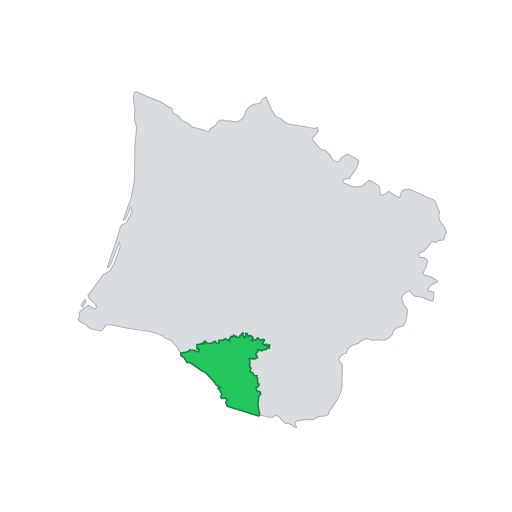 location of Gontougo, Zanzan, Ivory Coast, rotated 115°
{"feature_id": "98640826B5040161076408", "entity_name": "Gontougo", "entity_type": "district", "adm_level": 2, "iso_a3": "CIV", "parent_name": "Ivory Coast", "parent_adm1": "Zanzan", "projection": "natural_earth1", "projection_center": [-3.58, 7.921], "detail": "fine", "context": "in_parent", "style": "filled", "palette": "green", "viewbox_px": 512, "rotation_deg": 115, "n_neighbors": 0, "source": "geoboundaries", "source_scale": "gbopen_adm2", "svg_char_len": 9480}
<svg xmlns="http://www.w3.org/2000/svg" viewBox="0 0 512 512"><g transform="rotate(115 256 256)"><path d="M138.1,108.2L139.5,108.2L143.2,106.9L146.6,104.0L149.8,98.1L154.1,93.3L158.9,93.6L160.3,92.8L162.0,92.6L164.0,95.7L166.0,98.1L167.4,98.2L168.5,102.8L177.2,104.7L180.9,105.9L184.1,109.2L185.2,109.3L186.5,108.6L187.6,107.4L187.8,106.2L186.4,103.2L187.0,100.5L188.4,98.1L190.7,97.9L194.1,97.3L198.0,97.3L200.9,97.7L202.1,95.3L201.0,88.5L201.3,84.8L201.8,81.7L202.8,80.4L207.2,84.3L211.1,85.8L214.0,85.9L214.7,85.1L213.5,80.8L213.9,79.5L214.9,78.8L216.8,78.3L221.9,76.6L222.4,76.9L223.3,83.7L222.9,85.9L223.9,90.5L225.2,94.8L225.1,96.6L224.0,99.2L222.8,101.6L222.9,102.6L224.9,104.3L228.8,106.0L232.8,106.4L235.0,103.9L237.3,101.9L238.9,100.1L239.5,97.4L242.0,95.4L249.2,93.0L255.9,92.6L257.5,93.4L260.5,97.1L264.3,99.7L270.1,99.4L274.3,100.9L278.0,103.8L280.4,110.1L283.1,114.8L284.3,121.3L288.5,124.8L291.8,126.3L296.3,131.1L300.9,133.5L305.7,133.0L308.0,135.4L311.5,137.2L315.1,137.3L318.3,131.8L322.4,129.7L333.0,125.3L337.1,123.3L341.4,122.0L351.5,121.6L360.9,123.0L365.6,124.0L368.8,123.3L371.9,125.9L375.0,131.3L377.6,133.1L380.2,135.0L382.2,139.3L384.4,143.6L385.7,145.5L388.5,149.7L391.0,149.8L393.3,148.0L394.4,146.6L394.9,149.4L393.9,153.9L394.1,156.7L395.4,157.8L394.7,161.4L391.9,167.5L391.9,171.2L394.7,172.3L396.7,176.2L397.8,182.7L399.0,184.9L399.1,186.3L401.1,202.3L403.6,218.3L402.1,220.4L399.9,221.0L398.5,221.7L398.1,223.2L399.0,225.4L398.4,227.4L395.7,228.8L389.9,233.9L389.5,235.9L387.9,240.2L386.6,242.9L384.7,247.8L381.7,260.7L380.6,271.5L380.4,274.8L379.2,277.1L377.9,280.4L371.5,289.7L368.3,297.2L368.7,300.5L368.8,303.7L367.9,306.1L368.0,312.5L368.8,317.8L370.0,323.0L374.6,337.8L377.0,346.8L378.5,354.0L379.8,358.9L381.0,360.8L381.6,362.7L388.4,364.1L389.7,365.1L391.6,374.6L391.3,378.8L389.9,380.4L390.0,384.0L389.7,388.5L388.7,390.3L384.8,390.5L382.2,392.2L378.8,391.5L378.5,390.4L376.6,390.0L371.5,387.5L372.4,379.3L370.0,379.0L368.2,380.0L364.6,389.9L362.8,391.6L337.4,386.5L331.9,382.4L325.3,381.5L313.8,381.9L304.3,383.2L301.6,385.6L325.6,384.2L328.1,384.5L329.3,386.0L299.0,389.2L287.4,391.1L284.0,390.6L281.4,387.5L268.9,387.1L266.3,388.1L264.7,390.4L269.7,389.9L277.5,389.8L279.6,391.6L255.1,393.9L238.2,398.3L231.0,401.6L207.3,412.3L192.9,417.4L189.1,419.3L182.6,424.5L174.1,427.8L164.7,434.0L158.9,435.4L157.6,433.4L157.5,423.0L156.7,409.0L157.0,403.6L157.8,398.5L157.8,394.4L160.7,392.8L161.4,391.0L161.9,385.6L164.6,380.6L164.6,372.0L165.4,370.2L166.0,367.9L164.9,362.3L163.4,351.6L162.7,350.9L162.0,351.3L160.5,351.5L154.6,347.8L150.0,347.2L146.8,344.0L146.6,340.4L145.0,338.3L144.0,334.2L142.4,329.4L137.9,326.5L133.6,325.8L130.6,326.4L127.1,326.3L123.0,324.7L120.2,322.9L117.6,319.4L115.2,316.6L113.2,316.9L110.8,316.3L108.5,315.0L107.7,314.0L117.6,302.9L120.9,297.5L121.3,294.2L121.3,290.8L122.4,287.4L122.7,282.2L117.3,263.1L115.9,257.3L114.5,255.5L113.6,254.9L116.3,252.4L120.1,253.1L125.9,255.0L127.2,253.1L131.6,243.5L131.5,239.9L131.0,237.5L133.6,230.9L135.7,228.4L136.8,225.6L136.4,221.9L134.9,220.5L132.9,220.7L130.4,219.8L126.7,217.7L124.8,215.7L125.5,207.1L125.8,204.4L127.1,202.8L129.2,202.4L134.9,202.1L139.6,203.1L143.7,203.7L145.8,203.7L147.6,206.3L149.9,208.9L152.0,208.9L152.7,206.9L152.3,198.3L150.9,193.8L147.8,189.4L139.7,185.7L139.6,180.5L140.4,174.8L142.1,172.7L148.2,169.2L147.1,167.2L145.2,165.2L141.4,163.1L142.3,156.3L142.5,150.3L139.3,151.0L136.0,151.3L133.2,149.5L130.8,145.8L130.4,135.7L130.5,124.0L130.1,118.9L131.0,116.1L133.8,113.6L137.0,110.3L138.1,108.2ZM375.5,391.7L374.2,393.9L367.8,392.5L369.3,390.6L375.5,391.7Z" fill="#d9dde1" stroke="#a8b0b8" stroke-width="1"/><path d="M333.7,204.9L332.5,205.7L332.1,205.8L331.5,205.6L331.1,205.6L330.9,206.0L331.2,207.0L331.4,207.4L331.5,207.5L332.1,207.4L333.1,207.7L333.2,207.9L333.0,208.5L332.7,208.8L332.3,209.0L331.8,209.0L331.5,209.3L331.6,209.6L331.9,209.8L332.1,210.1L333.1,210.5L333.1,210.9L332.7,211.7L332.7,212.6L332.6,213.1L332.4,213.2L332.1,213.2L330.6,212.9L329.2,212.7L328.5,212.9L328.2,213.3L328.2,213.6L328.2,213.8L328.5,214.1L329.0,215.0L330.3,216.2L330.7,217.0L330.5,217.7L330.0,218.2L329.6,218.9L329.5,219.3L329.6,219.9L330.0,220.3L330.7,220.2L331.8,220.7L332.0,220.7L332.1,221.1L332.4,221.5L332.7,221.7L333.0,222.3L333.4,222.7L333.6,223.1L334.3,223.3L334.5,223.5L334.5,224.0L334.2,224.2L333.8,224.1L333.2,224.2L332.7,224.0L332.2,223.9L331.4,224.0L331.0,224.3L330.9,224.6L331.0,225.5L330.8,226.0L330.4,226.5L330.3,227.3L330.5,227.6L330.8,227.7L331.5,228.6L332.2,228.6L332.4,228.7L332.5,228.8L332.4,229.1L332.3,229.4L331.5,229.5L330.9,230.4L330.5,230.5L330.4,230.7L330.1,231.3L330.4,232.7L330.7,232.9L330.9,232.9L331.8,231.9L332.1,231.8L332.7,231.9L333.4,231.8L334.3,231.4L334.7,231.4L334.7,231.6L334.7,231.9L334.8,232.4L334.7,232.8L333.8,233.7L333.7,233.8L333.8,234.1L333.7,234.3L333.4,234.6L332.8,234.8L332.4,234.8L332.0,235.0L331.5,235.0L331.3,235.2L331.2,235.4L331.3,235.7L332.6,236.1L334.0,236.1L334.3,236.5L335.1,236.9L335.4,236.9L335.6,236.7L336.0,236.7L336.8,236.9L337.1,237.3L337.3,237.8L337.6,238.2L337.7,238.8L337.5,239.3L337.2,239.7L337.0,240.4L337.2,240.7L337.9,241.2L338.0,241.4L337.8,241.9L337.6,242.0L337.1,242.6L337.1,242.9L337.4,243.0L337.6,243.0L338.1,242.8L338.5,242.8L339.4,243.2L339.5,243.5L339.4,243.8L339.2,244.0L339.5,244.7L340.0,244.8L340.5,244.6L340.8,244.6L341.6,245.0L342.5,244.8L342.9,245.1L343.3,245.1L343.5,245.1L343.8,244.6L343.8,244.9L344.0,245.0L344.3,245.8L344.1,246.3L344.1,246.8L343.9,247.4L344.0,248.3L344.1,248.9L344.4,249.3L345.0,249.6L345.3,249.9L345.8,249.8L346.1,249.9L346.5,250.3L346.5,250.6L346.5,251.1L347.3,252.4L347.5,252.9L347.6,253.4L347.8,253.7L348.2,254.0L348.6,253.9L348.9,253.8L349.4,253.2L349.8,253.0L350.1,252.9L350.5,252.9L351.4,253.5L351.6,254.0L351.6,254.5L351.8,255.2L351.3,255.9L350.9,256.2L350.6,256.3L350.5,256.8L350.5,257.1L350.9,257.6L351.0,257.6L351.3,257.7L351.7,258.2L351.9,258.4L352.7,258.7L353.4,258.8L353.7,259.0L354.0,259.6L354.1,260.1L354.3,260.5L354.6,261.0L355.0,261.3L355.6,262.2L355.6,263.0L355.5,264.3L355.4,264.6L355.1,264.8L354.6,265.7L354.7,266.1L354.7,266.4L354.9,266.5L355.4,266.4L355.6,266.5L355.9,266.7L356.3,267.0L356.4,266.9L356.3,266.5L356.4,266.3L356.5,266.3L356.6,266.7L356.8,267.0L356.9,266.6L357.0,266.4L357.1,267.0L357.5,267.0L357.5,266.9L357.3,266.5L357.4,266.4L357.6,266.6L357.7,266.8L357.6,267.0L357.7,267.3L357.9,267.4L358.1,267.1L358.4,267.3L358.3,267.8L358.6,268.0L358.8,268.4L358.8,269.1L359.1,269.4L359.4,269.4L359.6,269.6L360.1,269.8L360.8,271.3L361.1,271.9L361.2,272.2L361.3,272.3L362.4,271.4L362.8,271.3L363.0,271.0L363.4,270.8L363.8,270.9L364.2,270.4L364.3,270.5L364.9,270.4L365.0,270.4L365.2,270.1L365.3,269.8L365.3,269.5L365.2,269.1L365.0,268.8L364.5,268.3L364.4,268.0L364.5,267.9L365.1,267.7L365.8,267.6L366.5,267.7L367.2,268.0L367.6,268.3L367.5,268.8L367.5,269.0L367.7,272.8L367.9,273.3L368.2,273.7L368.7,274.1L368.9,274.4L368.9,274.8L368.9,276.0L369.2,275.8L369.8,275.9L369.9,276.2L369.8,276.5L370.2,276.9L370.7,276.8L372.1,278.1L373.2,279.3L373.6,280.1L374.0,280.6L374.1,281.0L375.8,283.1L377.1,282.4L378.0,282.0L378.5,278.4L381.8,273.2L380.7,271.3L380.8,267.5L381.0,267.3L381.3,265.7L381.4,264.7L381.7,264.1L382.1,261.0L382.9,258.0L382.8,255.3L383.2,251.7L386.8,243.0L386.9,242.2L387.9,241.2L387.7,240.2L389.8,237.6L390.2,232.7L391.1,233.1L391.8,234.4L391.9,234.6L392.1,234.5L392.4,233.5L392.8,232.5L393.3,231.7L393.9,231.0L394.1,230.7L394.3,230.7L394.7,230.2L394.7,229.9L394.7,229.5L395.0,229.2L396.3,228.6L398.8,228.5L399.0,228.3L399.4,227.1L399.3,226.8L398.0,224.5L397.8,224.1L398.0,222.6L398.6,221.6L398.9,221.3L400.6,221.7L401.1,221.7L401.6,221.4L404.2,218.7L404.3,218.2L404.2,217.3L399.9,185.9L399.5,185.8L398.4,186.0L397.8,185.9L393.4,189.1L389.9,191.5L382.6,194.0L382.3,193.9L381.8,194.0L380.8,193.8L380.1,193.6L379.7,193.6L379.4,193.5L378.7,193.5L377.9,194.4L377.6,194.4L377.5,194.5L377.4,195.4L377.7,195.8L377.5,196.3L377.6,197.4L377.7,197.8L377.9,198.2L377.3,199.0L376.0,199.9L375.7,200.0L375.6,199.9L375.4,199.6L375.2,199.5L374.5,199.6L373.8,199.1L373.3,199.1L373.0,198.9L371.5,198.7L370.7,199.4L370.6,199.7L370.7,200.5L370.4,200.9L370.0,201.1L369.2,201.3L368.2,201.8L367.9,202.2L367.6,202.4L367.1,202.4L366.5,202.7L366.1,203.0L366.0,203.3L365.8,203.5L365.5,204.0L364.9,204.4L364.5,204.4L364.1,204.5L364.3,205.1L364.7,205.4L364.8,205.8L364.8,206.3L364.9,206.7L364.7,207.4L364.5,208.0L363.7,208.9L363.5,209.1L363.2,210.8L363.3,211.1L363.3,211.5L363.0,212.8L362.1,213.1L361.6,213.1L361.3,213.0L359.9,213.1L359.7,213.3L359.6,213.6L359.3,213.8L359.2,214.3L358.8,215.1L358.6,215.3L358.4,215.4L358.0,215.3L357.8,215.4L357.3,215.9L356.9,215.9L356.6,216.1L356.3,216.0L356.1,216.1L355.9,216.4L354.4,217.1L353.9,217.1L353.7,217.3L353.4,217.5L353.0,217.5L352.6,217.8L352.7,218.2L352.6,218.3L352.6,218.5L352.0,218.9L351.7,218.8L351.6,218.7L350.9,217.5L350.8,217.2L351.0,216.8L350.7,216.4L350.9,215.6L350.7,215.3L350.4,215.1L350.3,214.6L350.0,214.5L350.0,214.0L349.8,213.6L349.7,213.4L349.2,213.4L349.1,213.1L348.7,212.7L348.2,212.0L347.5,211.8L347.1,211.9L346.6,212.5L345.9,213.2L345.8,213.9L345.7,214.2L345.5,214.3L345.0,214.8L344.9,214.8L344.6,214.6L343.9,214.6L343.6,214.4L342.2,214.2L341.6,214.0L341.3,214.3L341.2,214.4L340.0,214.4L339.8,214.6L339.6,213.7L339.8,213.1L339.7,212.4L339.8,211.6L339.3,211.4L339.3,210.4L339.2,210.1L338.5,210.0L337.6,209.4L337.3,209.0L337.1,207.9L336.9,207.5L335.9,207.3L334.9,206.7L334.4,206.1L334.2,205.5L333.9,205.3L333.7,204.9Z" fill="#22c55e" stroke="#15803d" stroke-width="1.5"/></g></svg>